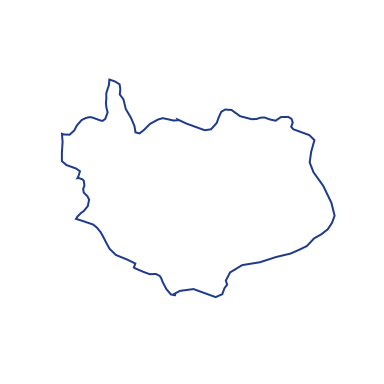 SVG path tracing the border of Brod, rotated 110°
{"feature_id": "MKD-2944", "entity_name": "Brod", "entity_type": "Statistical Region", "adm_level": 1, "iso_a3": "MKD", "parent_name": "North Macedonia", "parent_adm1": "", "projection": "robinson", "projection_center": [21.2, 41.634], "detail": "fine", "context": "isolated", "style": "outline", "palette": "blue", "viewbox_px": 384, "rotation_deg": 110, "n_neighbors": 0, "source": "natural_earth", "source_scale": "10m", "svg_char_len": 1791}
<svg xmlns="http://www.w3.org/2000/svg" viewBox="0 0 384 384"><g transform="rotate(110 192 192)"><path d="M173.0,49.9L175.3,50.4L180.6,51.7L187.4,55.9L193.8,61.4L199.4,63.8L203.5,65.6L209.3,71.2L216.2,78.4L224.3,90.7L234.8,104.2L243.5,119.8L254.5,128.7L263.6,129.9L267.1,127.3L271.3,128.6L277.7,128.6L282.7,133.8L282.7,150.4L282.7,157.4L289.1,169.6L294.1,174.0L294.7,171.9L295.5,176.8L291.9,183.0L286.9,188.5L283.7,191.3L281.9,193.6L281.4,198.0L283.7,203.6L283.7,210.3L283.2,218.7L282.9,220.8L281.4,220.8L278.6,220.8L277.7,229.3L277.2,241.9L273.6,250.0L269.4,254.8L264.4,260.2L261.1,264.0L258.0,269.1L256.4,273.8L256.6,284.4L256.9,291.8L254.1,291.2L249.7,289.1L246.7,287.1L240.8,285.1L234.3,286.1L231.8,288.8L229.6,293.5L226.5,295.3L222.7,295.3L218.4,297.6L217.6,299.3L217.6,303.4L218.2,304.4L215.9,304.1L210.8,304.4L209.6,308.9L209.6,313.0L209.6,319.2L207.5,324.8L199.6,327.7L189.3,330.7L181.8,334.1L181.8,332.2L180.0,326.6L174.5,323.7L168.7,322.9L162.1,320.3L158.7,317.0L156.6,313.7L156.1,311.1L156.1,306.6L156.1,302.2L155.8,300.4L153.0,298.5L146.1,298.5L141.6,301.5L137.9,303.3L133.7,304.4L128.6,306.3L123.1,306.6L120.1,306.6L114.6,308.1L114.5,304.8L114.5,302.0L115.6,296.9L119.7,294.6L125.1,293.2L128.4,288.1L136.7,282.6L143.2,274.7L149.6,268.7L155.3,265.5L154.9,261.3L149.6,258.1L142.4,254.8L135.6,248.8L132.6,244.7L131.1,233.6L129.2,229.4L128.8,229.9L129.6,220.6L129.6,210.0L129.6,201.2L126.6,195.6L118.7,192.4L112.6,192.4L106.6,191.9L103.2,189.1L101.4,182.9L104.3,172.9L103.2,160.9L101.3,156.3L98.7,153.0L97.2,149.4L97.2,143.8L96.4,137.8L91.2,134.1L88.5,127.1L89.3,123.4L92.3,121.1L96.8,121.1L98.4,118.3L98.4,111.4L98.4,101.2L101.4,94.7L113.1,93.8L116.2,93.2L124.0,91.5L131.9,84.6L141.4,70.7L154.5,57.3L165.5,49.9L173.0,49.9Z" fill="none" stroke="#1e3a8a" stroke-width="2"/></g></svg>